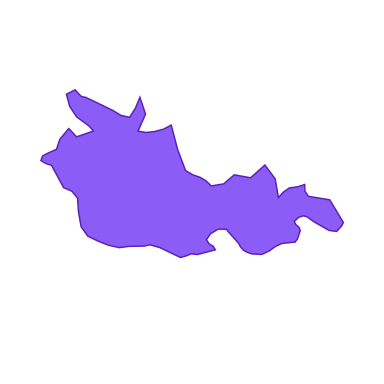 an SVG outline of Gitega, rotated 107°
{"feature_id": "BDI-2639", "entity_name": "Gitega", "entity_type": "Province", "adm_level": 1, "iso_a3": "BDI", "parent_name": "Burundi", "parent_adm1": "", "projection": "albers", "projection_center": [29.917, -3.445], "detail": "fine", "context": "isolated", "style": "filled", "palette": "violet", "viewbox_px": 384, "rotation_deg": 107, "n_neighbors": 0, "source": "natural_earth", "source_scale": "10m", "svg_char_len": 1313}
<svg xmlns="http://www.w3.org/2000/svg" viewBox="0 0 384 384"><g transform="rotate(107 192 192)"><path d="M176.9,38.3L180.8,39.0L187.4,42.1L188.7,49.6L185.0,66.1L182.2,74.5L182.2,78.5L185.0,82.6L190.2,85.6L192.7,83.3L194.5,79.3L197.2,77.2L206.2,77.4L209.8,78.8L214.8,90.8L219.6,96.2L225.9,101.0L231.4,107.2L233.7,116.7L233.5,121.9L232.6,125.7L230.6,129.1L227.0,133.1L218.8,146.7L217.5,148.0L219.8,156.0L226.5,162.1L233.5,164.2L236.7,160.2L237.7,155.8L240.5,152.8L250.3,168.7L251.3,174.6L254.9,179.1L258.0,183.9L254.6,206.2L254.8,216.8L257.7,221.9L262.4,236.3L266.5,245.3L267.3,256.5L266.4,267.8L264.7,278.7L257.6,287.9L244.5,294.6L231.3,299.7L226.4,307.0L225.4,316.0L207.6,334.1L207.5,340.1L206.1,345.7L201.1,345.4L196.9,341.1L190.8,334.1L180.2,333.8L167.3,328.4L173.0,318.5L162.5,304.1L159.0,309.8L153.9,324.3L145.9,334.0L135.2,340.7L128.4,333.6L131.0,329.5L133.0,325.6L132.6,320.9L137.2,291.3L139.5,282.3L138.8,273.5L128.2,270.6L116.7,269.5L131.1,259.2L149.6,261.4L148.5,253.3L145.2,245.6L140.2,237.6L134.1,231.4L155.8,218.0L173.4,204.4L175.3,196.5L175.6,188.6L177.2,181.9L180.6,175.4L175.0,164.1L163.2,156.6L161.3,140.1L144.9,130.2L155.1,116.3L172.1,107.7L165.6,104.7L159.7,100.2L156.2,92.6L151.9,86.4L158.0,84.4L162.1,79.5L159.2,58.0L176.9,38.3Z" fill="#8b5cf6" stroke="#5b21b6" stroke-width="1.5"/></g></svg>